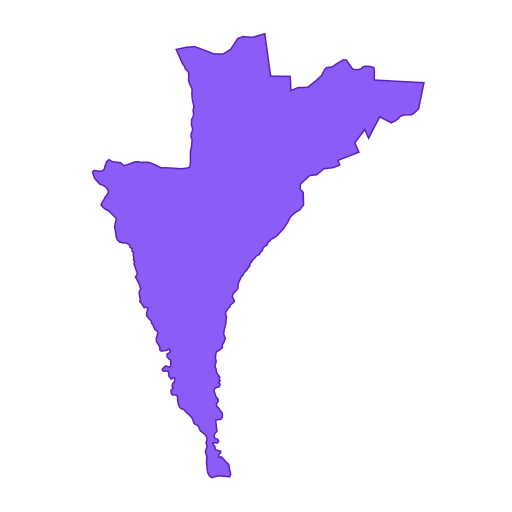 outline of Kajiado North, Rift Valley, Kenya, rotated 91°
{"feature_id": "3690345B68273600363858", "entity_name": "Kajiado North", "entity_type": "district", "adm_level": 2, "iso_a3": "KEN", "parent_name": "Kenya", "parent_adm1": "Rift Valley", "projection": "orthographic", "projection_center": [36.729, -1.37], "detail": "fine", "context": "isolated", "style": "filled", "palette": "violet", "viewbox_px": 512, "rotation_deg": 91, "n_neighbors": 0, "source": "geoboundaries", "source_scale": "gbopen_adm2", "svg_char_len": 5302}
<svg xmlns="http://www.w3.org/2000/svg" viewBox="0 0 512 512"><g transform="rotate(91 256 256)"><path d="M476.9,282.4L477.2,278.5L474.9,277.5L472.7,277.9L469.8,278.8L466.9,279.2L464.7,279.7L463.5,281.3L458.6,285.9L457.4,287.3L457.9,289.4L455.4,289.9L453.7,288.2L451.9,287.8L450.3,293.2L447.0,293.9L445.5,295.5L443.6,295.9L443.5,293.3L443.7,291.3L442.1,290.1L439.9,291.1L439.2,293.6L437.3,294.7L434.4,294.2L431.8,291.9L429.1,292.5L426.7,292.7L423.8,293.1L420.8,293.4L420.2,290.7L420.0,288.3L418.1,287.1L416.2,286.8L413.5,287.1L411.4,289.1L408.9,290.4L407.3,292.4L405.0,293.1L402.1,291.4L399.8,291.4L397.8,293.3L395.5,294.2L393.0,295.1L390.7,295.7L388.3,293.9L387.6,290.7L384.8,289.6L383.3,291.0L381.4,289.7L379.6,290.6L377.6,290.2L376.2,291.2L374.3,292.7L371.9,293.6L369.4,294.0L367.3,295.1L365.3,294.8L363.7,294.3L361.6,294.0L359.0,294.8L355.6,294.6L352.3,293.8L350.8,290.9L348.2,288.0L345.4,288.1L342.7,286.6L340.4,285.7L338.6,285.2L336.6,286.3L333.8,287.0L331.8,286.6L329.9,286.4L327.9,285.9L325.4,285.3L322.6,284.9L319.6,284.8L317.2,284.5L315.1,285.2L312.4,285.2L309.4,283.2L307.5,281.4L305.6,281.0L302.9,277.8L301.5,276.8L299.5,277.7L297.2,279.0L295.4,278.7L293.6,277.8L291.5,275.7L290.1,274.5L288.1,273.3L286.3,273.7L284.5,273.4L282.4,272.7L280.1,271.7L277.2,270.4L275.4,268.8L273.0,267.7L270.5,265.1L268.0,263.6L266.6,262.2L264.2,262.0L262.0,260.3L259.7,259.0L258.1,257.2L255.8,255.5L254.6,252.9L252.0,251.4L250.5,249.7L248.4,249.3L246.4,247.8L245.5,246.1L244.3,244.8L241.8,244.1L240.6,242.1L238.8,241.4L238.4,239.7L236.8,237.4L235.4,235.4L234.0,234.1L232.1,232.4L230.2,230.7L228.0,228.8L225.4,227.2L222.5,225.3L219.7,224.0L216.9,222.6L214.2,220.3L212.3,218.2L210.4,215.1L208.8,212.6L206.4,211.3L204.3,209.4L201.8,209.4L191.5,209.9L188.7,212.8L184.7,213.1L182.6,212.1L174.7,203.8L174.3,201.4L173.7,196.8L167.6,189.6L166.7,183.7L166.5,181.4L166.0,179.6L164.3,175.4L163.3,173.8L158.9,175.7L151.4,157.4L150.4,154.9L141.1,159.2L127.7,149.4L136.3,145.5L114.7,134.8L120.5,123.0L118.5,119.3L116.0,115.8L114.4,114.8L113.1,112.6L112.3,109.5L112.1,103.3L110.8,101.0L108.3,98.3L106.0,96.0L79.7,91.1L79.7,95.2L78.0,140.8L68.5,140.9L65.5,141.5L64.4,145.8L64.4,150.7L65.4,152.8L67.2,154.6L68.0,157.6L67.5,162.5L65.3,164.2L61.0,167.3L58.4,169.2L58.3,172.0L59.9,174.6L63.0,179.7L65.1,182.2L65.8,184.1L66.1,186.1L66.3,188.5L68.3,190.6L74.5,193.7L80.3,199.8L86.5,207.4L86.9,216.8L87.6,218.7L88.6,220.8L90.0,224.0L75.8,224.9L75.9,241.4L76.0,244.5L56.1,247.6L33.6,251.1L36.5,260.4L37.5,263.7L36.8,272.6L38.9,278.1L49.9,285.0L54.7,292.6L54.7,301.6L50.6,312.6L47.8,320.9L48.5,329.1L50.9,339.4L57.0,336.5L60.0,335.1L64.5,333.0L68.0,330.7L70.5,329.7L71.8,328.2L73.5,326.7L76.8,326.4L81.5,326.5L84.1,325.8L87.5,324.1L90.3,322.8L92.5,322.9L96.1,322.9L99.1,322.6L101.9,322.1L104.7,321.4L107.1,320.8L109.2,320.8L110.9,321.5L113.3,321.1L116.1,320.9L118.8,321.7L120.7,322.7L123.4,322.8L126.2,322.8L128.3,322.1L130.3,321.6L132.3,321.9L134.9,322.9L137.8,323.1L140.7,322.0L142.6,322.0L148.6,322.5L151.3,323.2L154.5,323.4L163.1,323.2L168.1,323.6L169.4,326.7L170.0,331.6L170.0,334.9L169.6,340.4L169.5,344.1L169.4,348.9L169.5,352.2L168.8,353.9L166.5,358.7L164.9,362.7L164.2,365.8L164.2,368.3L164.3,370.5L164.5,372.8L163.8,375.2L164.0,378.8L165.2,381.8L166.7,385.5L168.0,389.8L165.1,392.9L164.3,400.6L163.7,402.3L162.2,404.5L164.1,406.9L166.6,407.8L169.0,408.6L172.1,409.4L173.9,412.0L173.9,414.1L173.3,419.1L174.6,420.9L177.1,420.2L179.7,419.3L181.5,418.5L187.1,413.2L187.8,410.3L190.1,407.0L193.0,404.9L195.5,404.9L198.0,406.5L200.7,408.4L202.3,409.0L205.2,410.8L207.8,411.8L210.1,409.6L211.9,407.4L213.0,404.7L214.6,402.9L221.1,396.1L223.7,396.9L226.9,397.5L229.1,398.0L231.0,397.6L234.4,396.8L238.3,396.3L240.2,395.8L242.4,394.7L244.4,392.5L245.1,389.9L245.3,385.8L247.0,382.8L249.6,382.0L250.9,379.9L253.1,380.2L254.8,378.5L257.7,378.7L260.2,378.1L262.1,378.5L263.4,377.2L265.9,377.9L269.3,376.6L272.3,375.6L275.4,374.3L277.6,375.1L279.1,376.2L281.4,374.8L285.0,372.8L287.2,371.9L289.2,371.3L291.1,370.7L292.8,371.8L294.9,372.2L299.2,371.5L301.4,370.8L303.5,371.5L305.7,369.5L307.9,368.0L309.7,366.9L309.2,364.8L310.2,363.0L312.6,363.7L314.6,364.4L317.6,364.3L320.8,361.7L322.6,359.8L325.3,359.1L326.7,357.8L328.8,357.0L331.2,355.9L332.4,354.0L334.4,352.6L337.5,353.6L340.4,354.3L343.5,354.0L347.3,351.3L349.6,350.6L351.6,350.5L352.8,349.0L352.0,344.1L350.6,341.6L352.7,339.9L354.5,341.3L355.7,343.4L358.5,343.0L360.4,341.4L361.7,339.5L363.5,339.4L365.4,339.4L367.4,339.4L368.6,340.9L367.4,344.5L370.1,347.3L371.9,347.8L373.0,346.0L372.6,344.0L372.5,341.9L374.8,341.3L377.7,341.0L380.6,338.7L379.4,337.0L379.3,335.2L383.2,335.3L384.8,337.0L387.1,337.6L390.0,337.0L391.9,338.7L394.8,338.4L396.5,337.1L396.2,335.0L396.7,333.0L398.1,332.0L400.5,331.9L402.9,331.7L404.8,331.2L407.7,330.2L409.8,328.5L410.6,325.6L412.1,324.3L413.8,322.8L416.1,319.9L417.6,318.5L419.5,316.9L422.0,315.9L423.7,315.4L425.1,314.3L426.3,311.4L428.0,310.3L430.0,309.5L432.3,308.2L433.8,305.8L435.0,304.1L437.6,302.3L440.5,301.6L443.1,302.7L445.3,302.2L447.4,301.5L449.1,302.0L451.2,303.0L453.2,303.1L455.3,302.4L457.0,301.7L459.6,301.8L461.5,301.9L464.0,301.8L466.2,301.4L469.2,301.2L471.9,300.8L474.1,300.2L476.3,299.0L478.4,296.7L478.0,294.6L477.0,292.1L476.4,288.8L476.8,285.0L476.9,282.4Z" fill="#8b5cf6" stroke="#5b21b6" stroke-width="1.5"/></g></svg>